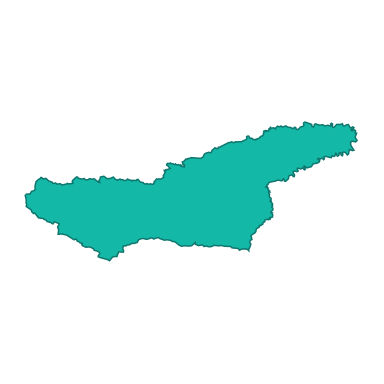 Puerto Rico, Caquetá, Colombia (Natural Earth projection), rotated 268°
{"feature_id": "7082276B35792863392111", "entity_name": "Puerto Rico", "entity_type": "district", "adm_level": 2, "iso_a3": "COL", "parent_name": "Colombia", "parent_adm1": "Caquetá", "projection": "natural_earth1", "projection_center": [-75.023, 2.008], "detail": "fine", "context": "isolated", "style": "filled", "palette": "teal", "viewbox_px": 384, "rotation_deg": 268, "n_neighbors": 0, "source": "geoboundaries", "source_scale": "gbopen_adm2", "svg_char_len": 6080}
<svg xmlns="http://www.w3.org/2000/svg" viewBox="0 0 384 384"><g transform="rotate(268 192 192)"><path d="M223.6,348.5L224.5,349.8L228.9,350.7L227.8,353.8L228.1,355.3L233.0,352.4L236.2,352.2L237.2,353.9L236.3,357.2L237.7,358.8L241.1,356.9L245.0,358.6L245.4,357.2L247.6,357.6L248.3,356.7L247.6,354.0L248.2,353.2L248.9,353.5L249.7,355.7L250.8,356.1L251.5,354.8L250.6,353.5L250.6,352.5L253.9,350.6L253.8,349.0L252.5,346.2L252.9,345.4L255.0,344.7L254.3,342.5L254.5,339.0L251.9,336.4L251.6,335.2L252.6,334.5L255.0,334.9L255.8,333.8L255.2,332.9L253.6,333.3L253.1,332.2L254.0,330.2L253.3,327.2L254.7,325.1L254.3,322.1L255.8,317.6L255.1,316.7L252.9,315.9L252.7,315.3L253.3,314.2L255.4,313.9L257.8,307.9L257.8,306.8L256.9,305.8L254.8,306.2L253.9,305.5L253.1,302.6L251.2,300.8L250.7,299.3L251.1,298.3L252.7,297.9L253.1,297.2L252.9,296.3L251.9,295.8L251.8,295.0L253.2,292.5L253.3,290.2L254.8,288.1L253.8,285.1L254.2,283.9L254.9,283.3L254.1,281.9L254.8,279.7L252.9,277.8L252.9,277.0L252.5,277.2L253.3,275.8L253.0,273.4L253.7,272.9L252.8,272.6L253.0,272.1L252.3,272.1L252.4,271.6L252.0,271.8L251.5,270.8L250.5,270.7L250.1,268.4L250.7,268.6L250.8,268.0L250.4,267.8L250.8,267.3L250.2,265.7L249.0,266.0L247.8,265.3L247.0,265.4L245.4,264.2L245.5,263.2L244.6,262.5L244.4,261.6L243.4,261.1L242.8,258.7L242.1,257.9L242.4,257.5L241.9,256.9L242.6,254.8L243.7,253.7L243.5,252.0L245.9,250.6L245.9,249.3L245.3,248.5L243.4,248.6L242.4,247.7L241.1,244.2L240.5,243.7L240.6,237.0L240.2,236.8L239.9,235.0L240.8,233.4L240.0,231.5L240.2,230.6L235.8,221.0L235.9,220.0L234.7,219.5L234.3,218.8L235.4,216.5L232.8,213.4L231.4,213.0L230.5,211.8L231.1,210.2L230.1,206.7L229.1,205.5L226.4,204.1L225.3,201.8L226.4,192.4L225.7,190.6L225.6,189.0L224.8,188.5L225.2,187.1L223.0,185.1L222.3,183.3L220.3,184.0L220.3,184.4L219.1,184.9L219.2,185.4L217.3,185.2L218.0,183.6L217.6,183.1L218.3,181.9L218.8,182.2L218.6,181.8L219.6,181.2L219.3,180.2L219.9,179.1L219.5,178.2L219.9,177.1L220.7,176.5L220.0,175.4L220.9,173.9L220.8,172.5L221.8,171.6L221.2,170.3L221.5,168.8L220.7,167.7L219.6,167.7L219.0,168.8L216.3,171.0L215.3,168.2L215.2,166.5L214.3,166.2L214.5,165.0L212.4,165.8L209.1,163.8L207.5,164.2L205.8,160.6L206.3,159.6L206.0,157.6L206.3,157.0L204.2,155.3L203.9,154.6L202.7,154.8L202.1,154.0L201.1,153.7L201.2,151.7L201.7,150.9L201.2,149.2L202.0,146.9L201.6,146.3L201.6,145.3L202.4,143.9L203.0,143.7L204.0,140.3L206.4,138.7L206.4,137.4L205.4,137.0L205.7,134.3L205.6,132.5L205.1,132.2L205.9,131.4L206.5,128.9L207.2,128.2L206.0,126.5L205.6,125.2L206.7,123.3L206.8,121.0L207.4,120.7L206.8,118.3L206.3,117.8L207.4,115.9L209.7,113.9L208.4,110.8L208.3,107.5L210.8,104.5L210.2,101.0L208.4,100.7L206.4,99.3L204.8,100.2L205.0,98.9L208.7,94.6L208.2,92.9L208.9,90.0L207.9,88.4L207.8,86.8L208.3,85.4L209.3,84.7L208.8,83.2L209.0,81.4L209.8,78.7L210.9,78.2L211.1,77.2L208.0,73.4L206.5,72.6L205.8,73.2L204.7,73.1L204.4,68.9L205.0,67.6L204.4,67.1L203.6,62.5L204.9,60.5L204.6,57.2L205.8,56.1L205.3,53.3L206.7,52.6L208.1,49.1L210.3,47.0L210.8,45.9L210.1,43.7L211.7,42.3L211.8,41.5L210.7,40.7L210.0,39.1L207.8,36.5L202.8,35.2L200.5,35.5L199.4,34.7L198.5,33.5L198.5,32.3L198.1,31.5L195.7,30.1L195.7,26.7L194.5,25.2L189.9,26.1L187.0,25.8L185.5,26.4L183.3,25.8L179.8,30.6L177.8,31.2L176.3,32.5L176.0,33.1L176.4,34.2L171.5,37.7L170.6,42.7L169.6,43.3L169.5,44.6L167.6,46.1L166.3,50.0L165.1,51.4L165.1,52.2L167.1,53.4L165.1,57.9L164.4,58.1L162.0,56.6L160.5,56.7L159.4,57.5L154.4,56.7L154.3,58.0L154.8,59.1L153.5,64.9L148.4,72.4L149.0,74.7L146.9,75.6L146.1,77.5L145.0,78.4L144.4,80.6L143.1,80.0L142.3,80.5L140.5,84.0L140.7,87.6L139.9,89.5L138.8,91.5L137.1,92.3L136.6,94.4L135.2,97.0L133.7,97.7L131.6,96.1L130.6,96.0L129.7,97.8L127.4,105.3L126.2,107.2L129.9,110.4L130.2,113.0L130.0,114.6L131.0,115.2L132.3,115.2L133.0,116.1L134.2,116.2L134.7,116.8L134.3,121.3L135.7,121.6L137.7,120.8L140.6,121.5L140.4,124.2L141.5,125.8L141.3,127.4L142.7,130.0L142.7,132.7L143.5,135.5L146.2,137.0L147.2,140.0L147.1,142.7L146.4,144.1L146.4,145.9L147.7,150.1L146.3,152.3L147.2,154.2L147.6,156.8L146.5,158.4L144.8,162.8L145.1,165.3L144.4,168.9L143.3,170.5L142.9,173.1L139.7,176.8L138.1,179.6L138.5,182.1L138.1,187.4L138.3,189.8L141.4,193.5L139.6,193.6L138.2,196.7L138.8,200.6L137.1,202.1L137.5,203.9L136.6,207.5L136.9,209.9L137.9,212.1L137.2,217.7L137.7,218.6L136.6,222.8L136.2,228.8L134.8,230.0L134.0,236.0L132.2,237.4L133.4,240.4L133.1,241.9L133.5,242.8L133.0,243.6L133.0,245.1L131.3,246.7L133.2,246.7L133.9,247.5L137.8,249.0L139.9,247.8L141.8,248.7L142.4,250.2L146.6,249.5L149.1,253.6L150.2,254.4L153.0,255.0L154.5,257.9L155.7,258.0L156.4,258.8L156.0,259.2L157.3,261.6L158.0,261.5L159.1,262.4L159.8,263.7L160.4,263.5L161.8,264.2L161.9,267.2L162.6,267.9L162.0,267.9L162.4,268.6L162.0,269.0L162.8,269.5L163.9,269.3L164.0,271.3L164.3,271.6L166.0,271.9L167.6,271.3L168.2,271.7L168.6,270.2L169.8,270.3L170.7,271.9L171.5,272.2L173.0,272.2L174.1,271.1L175.3,272.1L176.5,271.5L176.7,272.0L177.5,272.1L180.0,270.0L180.2,270.7L181.0,270.1L181.0,270.7L183.0,270.8L184.1,269.4L185.8,269.0L187.0,269.5L188.7,268.4L189.5,268.9L189.4,269.4L189.9,269.0L190.2,269.5L190.5,268.7L191.2,268.8L192.2,267.7L193.2,267.6L193.4,268.2L194.1,267.3L194.7,267.3L194.5,266.0L196.5,267.3L196.7,268.2L198.2,268.7L199.1,270.1L200.1,276.2L200.8,277.5L200.6,280.0L200.0,281.9L200.4,282.7L202.1,283.7L201.6,284.4L199.8,284.7L199.4,285.4L199.6,286.2L201.9,288.9L204.7,289.3L205.7,292.7L203.9,293.7L203.8,294.7L205.4,295.1L207.8,293.8L208.8,293.8L209.4,294.9L208.7,297.6L208.9,298.6L209.7,298.8L211.0,298.0L212.0,298.1L212.1,298.9L211.2,301.6L211.9,302.6L212.0,303.7L210.5,304.8L210.2,305.4L210.9,306.1L213.5,304.7L214.1,305.0L212.1,307.7L213.1,312.1L215.9,314.1L216.5,318.3L217.7,320.4L219.0,320.7L220.5,318.7L221.2,319.2L220.5,321.7L221.2,322.8L221.1,323.5L219.7,324.6L220.5,325.5L222.2,325.0L222.8,325.4L222.8,327.2L221.4,332.4L223.4,333.4L222.6,335.1L222.9,336.0L225.7,337.0L225.3,337.8L223.2,338.1L222.7,338.8L223.7,340.2L225.6,340.4L226.2,340.9L226.0,341.9L223.8,342.3L222.9,343.4L224.1,344.1L226.2,343.7L226.6,344.7L226.2,346.7L223.6,348.5Z" fill="#14b8a6" stroke="#0f766e" stroke-width="1.5"/></g></svg>